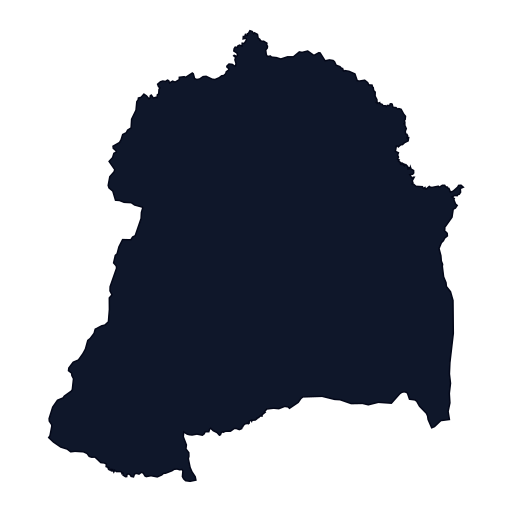 Phan, Chiang Rai, Thailand (Mercator projection)
{"feature_id": "78962969B39225899035049", "entity_name": "Phan", "entity_type": "district", "adm_level": 2, "iso_a3": "THA", "parent_name": "Thailand", "parent_adm1": "Chiang Rai", "projection": "mercator", "projection_center": [99.78, 19.567], "detail": "fine", "context": "isolated", "style": "filled", "palette": "ink", "viewbox_px": 512, "rotation_deg": 0, "n_neighbors": 0, "source": "geoboundaries", "source_scale": "gbopen_adm2", "svg_char_len": 5963}
<svg xmlns="http://www.w3.org/2000/svg" viewBox="0 0 512 512"><path d="M449.4,419.5L448.1,411.4L449.9,402.9L449.3,393.4L450.5,383.3L449.4,373.9L449.9,362.6L453.3,333.4L453.0,300.5L450.5,291.7L446.4,286.5L446.0,282.6L443.6,276.8L442.3,266.3L442.6,264.3L441.3,261.0L440.9,255.7L439.0,248.5L441.4,242.7L443.4,240.7L444.6,238.2L447.4,235.9L447.2,233.3L444.3,230.4L444.9,229.0L444.6,227.6L452.0,217.2L453.2,209.2L455.4,208.1L457.2,205.4L455.6,204.1L453.8,199.7L454.3,198.6L452.0,197.0L454.5,195.5L457.2,195.7L457.8,194.6L459.3,194.2L460.6,192.2L460.3,188.5L463.3,187.2L461.0,185.2L458.6,185.4L457.7,187.1L453.2,191.1L450.5,192.2L448.9,188.4L447.7,188.1L447.4,187.1L445.6,186.8L444.7,185.3L442.3,185.3L439.2,187.3L438.3,186.2L432.2,187.4L430.5,187.3L429.3,186.4L426.0,189.2L425.3,188.9L425.0,187.5L423.4,188.5L422.4,186.7L415.9,186.3L413.5,184.1L412.1,183.8L412.9,182.6L412.2,180.8L414.2,177.2L413.2,177.2L412.9,178.4L412.0,178.2L409.8,174.7L412.7,174.2L413.7,173.0L413.6,170.5L411.1,169.1L410.4,167.1L410.1,168.6L409.1,168.8L409.6,168.0L408.4,167.4L407.8,168.3L407.4,166.2L405.8,164.6L404.7,165.7L404.4,164.6L403.6,165.3L403.1,164.6L403.6,164.0L402.0,163.0L401.3,164.5L400.6,164.4L400.4,162.4L398.4,161.1L399.1,159.9L397.5,159.2L398.5,157.1L397.6,155.1L398.4,152.7L395.4,151.4L396.3,146.1L397.6,146.0L398.3,146.9L400.7,144.8L402.5,144.6L404.6,142.6L408.1,140.9L408.7,137.5L408.0,137.3L407.2,138.3L406.9,137.6L407.6,135.7L406.8,134.2L405.6,134.0L405.3,131.1L406.3,128.6L404.8,125.3L404.9,124.0L404.0,123.8L404.9,122.7L404.4,120.2L405.2,119.4L405.5,116.3L403.7,114.1L401.1,109.3L398.9,108.6L397.5,109.1L396.0,107.6L392.9,107.3L392.2,104.2L391.1,103.7L390.2,103.9L389.7,105.6L387.3,105.4L386.2,106.7L385.3,105.7L383.1,105.8L382.2,104.4L379.8,103.6L379.7,102.6L377.3,103.4L377.2,102.4L376.3,102.2L377.0,101.3L376.9,99.6L375.1,96.1L375.2,92.1L373.7,90.6L373.2,87.5L372.6,87.3L372.0,85.1L368.7,84.9L367.7,82.6L364.7,80.2L359.1,81.1L357.2,80.6L354.9,73.9L349.0,71.3L344.9,70.6L344.2,71.2L343.4,70.9L342.6,68.5L341.7,68.5L339.9,66.6L336.1,65.2L334.5,61.7L333.1,60.5L329.4,59.9L325.1,60.8L320.1,52.9L318.8,52.7L313.9,55.4L307.7,51.0L302.1,52.4L299.3,51.9L293.4,56.8L287.5,56.8L280.8,59.0L276.4,57.6L271.5,57.1L270.4,56.0L267.5,56.5L266.3,54.7L265.7,50.0L267.3,48.0L267.5,46.2L266.6,44.8L266.9,43.2L263.7,41.2L261.9,41.3L260.0,40.4L260.0,39.5L258.1,38.1L257.5,34.4L254.5,32.8L253.7,33.7L252.2,31.5L249.9,30.7L248.5,33.3L247.3,33.8L247.5,35.4L246.6,35.5L245.4,34.5L244.7,36.6L243.3,36.5L243.1,38.9L245.5,38.3L246.3,38.7L246.4,40.0L244.3,43.4L242.2,43.2L242.0,46.1L239.5,45.1L237.8,46.0L237.5,47.4L235.2,47.1L234.1,48.8L233.8,51.0L236.9,53.0L237.6,55.2L236.6,56.4L234.2,55.3L233.7,55.8L235.6,57.4L234.9,59.8L236.0,63.5L235.6,65.8L234.6,66.0L232.3,64.4L229.0,64.0L226.8,66.2L227.0,67.2L228.8,68.6L228.8,69.9L226.3,71.7L225.7,73.7L223.8,75.5L221.6,75.8L219.2,77.7L215.0,79.5L212.2,79.2L206.1,76.3L203.1,76.6L199.6,79.0L196.8,79.5L194.6,78.6L193.3,73.8L192.3,73.0L185.7,77.3L184.2,76.7L179.3,77.3L179.3,79.6L175.1,82.1L172.6,81.1L169.6,82.9L168.7,80.7L167.5,80.1L165.4,81.5L162.8,81.0L160.4,81.8L157.6,84.2L158.5,86.6L159.9,87.9L159.0,89.4L158.7,94.0L157.4,94.7L156.9,97.7L155.7,97.3L153.4,98.1L151.3,95.1L150.4,95.6L149.9,98.2L148.9,98.7L146.5,95.9L143.9,94.1L141.1,97.3L138.4,98.0L138.2,99.7L136.8,101.7L136.0,110.2L131.6,119.2L131.1,127.9L127.6,130.1L126.3,132.7L122.7,134.5L121.1,139.7L119.5,142.5L113.0,146.2L113.3,148.4L116.0,150.7L116.3,152.1L113.9,153.3L112.6,157.6L109.1,161.4L114.8,169.6L114.0,171.9L109.8,176.7L108.2,185.4L109.0,187.9L112.8,191.1L115.5,200.2L119.5,200.5L124.1,202.3L131.3,202.7L134.6,205.0L142.3,207.1L142.7,208.0L141.4,212.4L141.1,218.5L135.2,235.7L132.6,237.0L130.8,239.8L122.6,239.6L118.9,246.9L117.1,253.8L115.3,255.4L113.6,262.9L116.2,265.8L116.6,268.1L110.1,286.7L110.0,290.9L112.0,294.8L109.3,297.9L109.4,309.5L108.4,321.8L104.8,325.1L101.7,325.8L95.2,329.2L94.1,333.3L90.2,338.5L87.8,340.4L85.4,349.1L82.9,353.7L78.4,360.0L73.2,362.2L68.8,368.0L68.5,370.7L71.6,373.1L71.9,375.6L73.5,378.7L72.3,389.6L71.4,391.0L64.3,396.1L63.1,397.9L57.5,400.2L52.7,407.1L49.1,418.6L49.3,421.1L51.7,424.7L51.8,426.2L50.0,435.7L48.7,437.6L53.5,442.1L60.8,447.1L67.2,449.1L70.7,451.8L75.0,451.3L83.4,451.8L87.1,453.5L89.2,456.4L91.5,457.2L95.0,457.1L100.8,462.6L104.4,463.0L106.4,464.1L106.1,466.6L108.8,467.7L108.2,468.7L108.8,469.5L109.8,470.0L110.8,469.4L111.0,470.6L112.0,471.0L112.6,470.4L112.1,469.6L112.7,469.5L113.8,472.0L114.7,470.2L116.4,471.6L120.7,471.6L122.0,472.7L121.9,473.5L123.0,473.1L123.0,475.1L125.5,476.7L126.7,476.6L127.0,474.4L128.3,473.9L130.1,474.7L131.1,476.4L133.5,476.9L134.5,474.0L136.6,473.4L139.0,474.1L141.3,472.3L143.3,473.1L145.0,476.0L146.3,476.6L151.0,475.7L157.3,476.9L161.8,474.9L163.4,473.4L165.6,473.2L171.9,470.8L174.2,469.3L177.1,469.0L179.8,469.8L181.9,469.4L182.9,471.0L182.4,476.5L183.6,478.8L185.6,480.7L190.1,481.3L195.9,480.1L195.2,476.7L191.9,471.7L190.1,467.5L188.3,458.7L188.9,456.3L188.8,452.7L185.9,448.9L186.4,444.9L183.3,436.8L183.7,431.9L187.1,434.1L189.3,434.7L192.1,435.0L196.9,434.1L202.4,435.2L204.1,433.9L205.2,431.7L208.8,431.7L209.5,429.4L210.7,428.2L213.2,430.7L217.1,432.6L219.4,435.2L220.5,434.7L221.0,433.1L222.6,431.7L223.4,432.2L225.4,431.3L230.5,431.2L234.2,428.5L236.3,428.5L239.3,429.6L241.7,428.6L242.2,426.9L242.9,426.6L242.8,426.0L244.8,424.0L247.7,423.3L248.2,423.8L249.2,423.1L249.2,421.1L251.2,420.3L251.7,421.2L252.0,420.3L255.3,420.0L257.1,418.6L257.2,417.8L258.6,417.7L259.9,416.1L262.1,416.0L262.0,414.8L265.1,412.3L264.4,411.8L266.8,409.0L273.6,408.2L278.8,408.7L284.7,406.4L288.1,406.9L289.5,408.3L298.2,402.4L300.9,398.5L302.9,396.9L322.1,396.3L334.6,399.4L340.0,399.7L351.2,403.6L362.5,403.4L368.3,404.8L378.3,402.3L391.4,403.2L399.7,393.8L401.8,392.3L404.1,391.8L406.4,392.3L407.5,393.3L409.5,399.2L414.8,399.9L416.7,401.2L419.5,406.2L426.4,413.3L427.6,416.0L428.1,419.5L431.7,427.8L434.5,426.6L440.8,420.6L449.4,419.5Z" fill="#0f172a" stroke="#020617" stroke-width="1.5"/></svg>